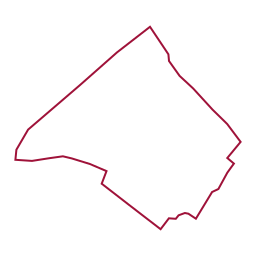 Almazar, Tashkent, Uzbekistan
{"feature_id": "79887680B42148642049849", "entity_name": "Almazar", "entity_type": "district", "adm_level": 2, "iso_a3": "UZB", "parent_name": "Uzbekistan", "parent_adm1": "Tashkent", "projection": "orthographic", "projection_center": [69.193, 41.327], "detail": "fine", "context": "isolated", "style": "outline", "palette": "rose", "viewbox_px": 256, "rotation_deg": 0, "n_neighbors": 0, "source": "geoboundaries", "source_scale": "gbopen_adm2", "svg_char_len": 540}
<svg xmlns="http://www.w3.org/2000/svg" viewBox="0 0 256 256"><path d="M15.4,159.8L32.0,160.9L49.3,158.2L62.9,156.3L71.7,158.4L89.9,164.0L106.5,171.1L101.7,183.7L129.3,205.1L160.6,229.2L168.9,218.3L175.8,218.8L178.6,215.3L184.9,213.0L188.4,213.7L195.9,218.7L212.1,192.0L218.4,189.0L227.3,172.7L231.1,167.4L233.9,163.6L227.3,158.0L240.6,141.9L227.2,124.0L212.5,109.6L193.1,88.4L179.6,75.9L169.0,61.0L168.4,54.3L150.0,26.8L117.1,52.3L79.6,85.4L69.0,94.5L28.1,129.6L16.4,149.7L15.4,159.8Z" fill="none" stroke="#9f1239" stroke-width="2"/></svg>